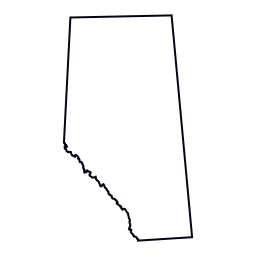 an SVG outline of Alberta
{"feature_id": "CAN-632", "entity_name": "Alberta", "entity_type": "Province", "adm_level": 1, "iso_a3": "CAN", "parent_name": "Canada", "parent_adm1": "", "projection": "orthographic", "projection_center": [-116.491, 54.496], "detail": "fine", "context": "isolated", "style": "outline", "palette": "ink", "viewbox_px": 256, "rotation_deg": 0, "n_neighbors": 0, "source": "natural_earth", "source_scale": "10m", "svg_char_len": 5247}
<svg xmlns="http://www.w3.org/2000/svg" viewBox="0 0 256 256"><path d="M192.1,237.2L138.2,240.6L138.4,240.2L138.5,240.0L138.5,239.8L138.4,239.5L138.1,239.4L137.8,239.4L137.6,239.3L137.4,239.2L137.0,238.6L136.9,238.4L136.8,238.2L136.9,237.7L135.9,236.8L135.2,236.8L134.8,236.6L134.4,236.6L134.1,236.6L133.9,236.5L133.8,236.3L133.7,236.0L133.9,235.8L133.9,235.6L133.8,235.4L133.2,235.3L133.1,235.2L133.0,234.8L132.7,234.5L132.6,233.9L132.4,233.8L132.1,233.7L131.9,233.5L131.7,233.2L131.4,233.1L131.1,232.7L130.9,232.3L130.9,231.7L130.9,231.2L131.2,230.3L131.3,229.8L131.1,229.5L130.9,229.5L130.6,229.7L130.0,229.6L129.6,229.7L129.5,229.4L129.4,229.3L129.1,229.2L128.9,229.0L128.9,228.9L128.9,228.7L129.0,228.3L129.2,228.1L129.3,228.0L129.6,228.0L129.7,227.9L129.7,227.6L129.8,227.4L129.9,226.9L129.8,226.7L130.1,226.3L130.2,226.2L130.2,225.8L130.0,225.5L130.0,225.4L130.3,225.1L130.3,224.8L130.3,224.5L130.1,224.0L129.7,223.2L129.5,222.7L129.5,222.4L129.4,222.0L129.4,221.6L129.5,221.4L129.9,221.3L130.0,221.1L130.0,220.9L129.8,220.2L129.7,219.4L129.7,219.2L129.4,219.0L129.1,218.4L128.9,218.2L128.8,217.8L128.7,217.3L128.7,216.7L128.5,215.9L128.4,215.7L128.3,214.8L127.9,214.0L127.9,213.8L128.1,213.6L128.1,213.4L127.9,213.1L127.6,212.8L127.0,212.4L126.9,212.2L126.7,211.7L126.0,210.8L125.4,209.7L125.1,209.3L124.9,209.1L124.7,209.0L123.9,208.8L123.4,208.8L123.0,209.0L122.9,209.3L122.8,209.5L122.7,209.6L122.4,209.7L122.0,208.9L121.4,208.3L121.1,207.9L121.0,207.6L121.3,207.5L121.4,207.2L121.2,206.8L121.1,206.5L120.7,206.1L120.4,205.9L120.2,206.2L120.0,206.3L119.9,206.1L119.7,205.7L119.5,205.4L119.1,205.4L118.8,205.0L118.6,204.9L118.2,204.7L117.9,204.4L117.7,203.9L117.4,203.7L117.0,203.7L116.7,203.6L116.7,203.1L116.9,202.9L117.5,202.7L117.6,202.4L117.4,202.2L117.2,202.0L117.2,201.8L117.1,201.4L117.0,201.2L116.9,201.1L116.7,201.1L116.4,200.9L116.4,200.6L116.3,200.4L116.1,200.2L115.5,200.0L115.3,199.9L115.2,199.8L115.1,199.6L115.1,199.2L114.8,199.0L114.5,198.9L113.4,198.8L113.1,198.7L112.4,198.3L112.1,198.0L111.9,197.7L111.9,197.4L111.9,196.6L111.8,196.2L111.5,195.7L111.1,195.6L110.6,195.5L110.3,195.3L110.2,195.1L110.1,194.7L109.8,194.5L109.4,194.5L109.2,194.5L109.0,194.4L108.9,194.3L108.7,194.1L108.6,193.9L108.6,193.7L108.6,193.3L108.6,193.2L108.4,193.1L108.3,192.9L108.3,192.5L108.4,192.0L108.4,191.5L108.1,191.2L107.5,190.9L107.2,190.6L107.1,190.1L107.0,189.7L106.8,189.4L106.3,189.1L106.1,188.9L106.0,188.3L105.9,188.1L105.6,188.0L105.1,187.8L104.8,187.6L104.6,187.2L104.6,186.7L104.6,186.3L104.5,186.0L104.3,185.8L104.2,185.5L104.0,185.3L103.9,185.1L103.9,184.9L103.9,184.7L103.6,184.3L103.5,184.2L103.3,184.3L103.1,184.4L102.6,184.5L102.1,185.2L101.8,185.5L101.9,185.8L101.7,186.2L101.4,186.3L100.9,186.3L100.6,186.3L100.3,186.0L100.1,185.6L100.0,185.1L99.7,184.3L99.6,184.1L99.6,183.9L99.6,183.7L99.3,183.4L99.2,183.3L99.2,183.1L99.1,182.6L99.1,182.3L98.9,182.1L98.6,181.7L98.1,181.1L97.9,180.9L97.2,180.6L97.1,180.4L96.6,179.7L96.4,179.5L96.2,179.4L96.2,179.1L96.0,178.7L95.9,178.5L95.9,178.2L95.9,177.6L95.8,177.2L95.7,176.7L95.4,176.8L95.3,177.1L95.3,177.3L94.9,177.6L94.4,177.6L93.4,177.3L93.1,177.3L92.6,177.5L92.2,177.6L91.9,177.4L91.6,176.9L91.3,176.6L91.0,176.4L90.6,176.3L90.2,176.2L89.9,175.8L89.4,174.9L89.4,174.6L89.7,174.2L90.1,173.9L90.4,173.6L90.6,173.1L90.6,172.7L90.5,172.3L90.2,172.0L89.7,171.8L88.6,171.6L88.1,171.3L87.6,170.6L87.4,170.4L87.1,170.4L87.0,170.5L86.9,171.0L86.7,171.2L86.7,171.3L86.8,171.6L86.7,171.9L86.5,172.1L86.1,172.1L85.6,172.1L85.3,172.1L84.9,172.5L84.6,172.7L84.4,172.6L84.4,172.0L84.2,171.6L84.1,171.4L84.1,171.1L84.2,170.9L84.5,170.7L84.7,170.4L84.6,170.2L84.3,170.1L84.0,169.8L83.9,169.7L83.8,169.3L83.9,169.0L83.9,168.8L83.8,168.6L83.4,168.3L83.3,168.2L83.2,168.0L83.1,167.7L83.0,167.3L83.1,167.1L83.5,166.8L83.6,166.6L83.6,166.4L83.4,166.0L83.2,165.6L83.1,165.3L83.0,164.9L82.8,164.6L82.4,164.4L82.2,164.3L82.1,164.0L82.1,163.9L82.3,163.5L82.3,163.3L82.3,163.0L82.2,162.9L81.8,162.7L81.7,162.6L81.6,162.2L81.4,161.8L81.2,161.8L80.9,161.9L80.6,162.0L80.2,162.2L79.8,162.0L79.7,161.6L79.7,161.1L79.5,160.8L79.3,160.4L79.3,160.1L79.4,159.8L79.4,159.4L79.3,159.0L79.2,158.9L79.0,159.0L78.8,158.9L78.7,158.5L78.5,158.4L78.2,158.6L78.0,158.3L78.1,158.1L78.3,157.8L78.4,157.6L78.4,157.4L78.3,157.2L78.1,157.0L77.3,155.9L76.9,155.6L76.4,155.4L76.3,155.2L75.9,154.9L75.7,154.8L75.4,154.9L75.3,155.1L75.3,155.5L75.2,155.9L75.1,156.0L75.2,156.5L75.1,156.8L74.8,156.8L74.5,156.4L74.3,156.4L73.9,156.3L73.7,156.1L73.5,155.8L73.4,155.8L73.2,155.8L72.7,155.5L72.4,155.5L72.2,155.4L72.1,155.2L71.9,154.9L71.2,153.7L71.1,153.3L71.0,152.9L71.0,152.4L71.0,152.2L70.8,152.0L70.6,151.9L70.4,151.9L70.0,152.1L69.8,152.1L69.6,152.1L69.1,151.9L68.5,151.6L68.3,151.6L68.1,151.7L67.9,152.1L66.9,151.4L66.6,151.1L66.5,150.8L66.1,149.6L65.9,149.2L65.7,148.9L65.2,148.9L64.9,148.7L64.7,148.3L64.8,148.1L65.0,147.9L65.0,147.7L64.9,147.4L64.7,147.1L64.6,146.8L64.6,146.7L64.9,146.6L65.2,146.7L66.2,147.0L66.7,147.0L67.0,146.6L66.9,146.2L66.7,145.9L66.3,145.4L66.1,144.9L65.9,144.8L65.6,145.0L65.4,144.9L65.0,144.7L64.9,144.6L64.8,144.3L65.0,143.6L65.0,143.4L64.9,143.2L64.4,143.2L64.1,143.1L64.0,142.8L63.9,142.4L64.0,141.5L70.4,17.5L171.6,15.4L192.1,237.2Z" fill="none" stroke="#020617" stroke-width="2"/></svg>